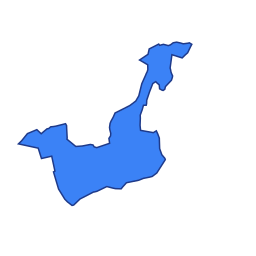 Ekiti West, Ekiti, Nigeria, rotated 56°
{"feature_id": "59680162B72061925749770", "entity_name": "Ekiti West", "entity_type": "district", "adm_level": 2, "iso_a3": "NGA", "parent_name": "Nigeria", "parent_adm1": "Ekiti", "projection": "orthographic", "projection_center": [4.99, 7.712], "detail": "fine", "context": "isolated", "style": "filled", "palette": "blue", "viewbox_px": 256, "rotation_deg": 56, "n_neighbors": 0, "source": "geoboundaries", "source_scale": "gbopen_adm2", "svg_char_len": 1643}
<svg xmlns="http://www.w3.org/2000/svg" viewBox="0 0 256 256"><g transform="rotate(56 128 128)"><path d="M93.9,28.5L91.7,29.5L91.3,30.7L89.1,35.1L86.8,37.0L84.0,39.7L82.6,42.9L82.8,46.2L82.2,48.6L81.2,49.4L78.4,51.9L77.2,55.5L75.6,55.6L75.1,59.9L74.3,66.2L78.1,70.2L78.1,76.1L78.1,80.4L86.6,76.3L90.7,78.9L92.2,80.8L93.0,82.3L94.1,83.9L96.0,87.0L99.0,91.8L103.6,96.9L107.4,101.1L110.0,106.5L110.4,113.8L109.4,121.9L108.3,130.3L110.8,134.3L112.9,138.4L114.2,140.3L117.2,143.0L119.2,144.0L122.8,145.3L124.8,146.9L125.9,149.6L130.4,151.8L126.8,164.9L124.7,166.6L122.5,166.5L120.6,168.4L117.3,176.1L114.1,181.6L103.1,184.9L102.4,184.1L93.9,179.0L91.7,177.6L89.5,177.4L86.1,186.8L85.1,189.0L83.8,191.4L84.1,194.0L83.4,195.6L84.2,203.2L78.4,204.5L76.4,214.5L79.1,223.3L79.9,227.7L94.5,213.7L104.9,216.8L108.7,207.0L122.9,212.7L122.7,214.3L129.3,216.4L139.8,219.7L151.7,220.2L155.4,219.5L160.9,217.7L161.5,216.1L160.0,207.4L161.8,192.2L162.1,191.9L163.1,189.2L164.7,178.3L169.1,174.4L171.2,172.4L174.6,167.7L173.8,165.1L173.0,161.8L172.5,159.9L177.3,148.3L178.4,143.3L180.8,137.6L181.7,135.0L181.4,129.3L175.1,114.8L173.8,114.4L169.0,114.9L162.8,113.3L153.9,107.7L149.8,106.7L146.2,106.1L146.0,109.6L137.0,118.9L132.5,116.5L126.8,112.3L124.2,110.7L120.8,106.0L117.8,102.5L119.3,100.1L118.1,98.9L115.4,96.9L109.9,89.7L107.5,86.2L105.0,82.6L105.1,79.1L107.3,78.7L109.7,78.0L113.2,79.9L115.7,78.6L116.5,77.9L116.5,77.1L116.5,75.9L114.6,73.8L112.7,65.3L111.0,63.1L109.8,61.9L107.0,61.4L105.5,61.0L103.0,59.9L101.9,59.6L91.8,50.6L100.2,43.9L99.4,39.6L99.0,36.5L95.6,30.7L94.3,28.3L93.9,28.5Z" fill="#3b82f6" stroke="#1e3a8a" stroke-width="1.5"/></g></svg>